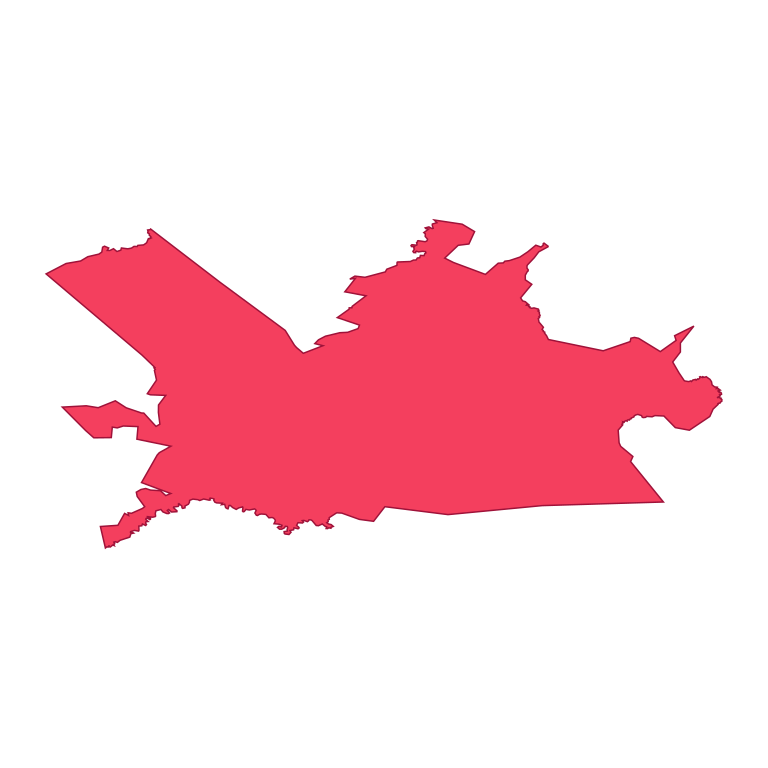 outline of Variņu pag., Smiltenes, Latvia
{"feature_id": "27541924B26763457463148", "entity_name": "Variņu pag.", "entity_type": "district", "adm_level": 2, "iso_a3": "LVA", "parent_name": "Latvia", "parent_adm1": "Smiltenes", "projection": "equal_earth", "projection_center": [26.157, 57.319], "detail": "fine", "context": "isolated", "style": "filled", "palette": "rose", "viewbox_px": 768, "rotation_deg": 0, "n_neighbors": 0, "source": "geoboundaries", "source_scale": "gbopen_adm2", "svg_char_len": 6110}
<svg xmlns="http://www.w3.org/2000/svg" viewBox="0 0 768 768"><path d="M693.9,326.1L674.6,335.7L676.1,340.4L660.3,351.6L638.6,338.3L634.4,337.4L630.9,338.2L630.2,341.6L603.2,350.8L548.4,339.5L546.5,335.6L544.6,333.2L544.8,332.2L543.3,331.5L543.4,330.8L542.1,329.4L543.4,327.3L539.0,322.1L538.3,318.4L539.4,317.7L539.7,317.0L539.1,316.5L540.1,315.5L539.3,313.6L539.4,312.2L538.0,311.0L538.9,310.5L538.4,309.1L534.0,307.9L531.7,308.3L529.7,307.6L529.9,306.8L528.6,306.5L529.0,305.2L526.4,305.2L527.2,303.9L527.8,303.9L525.3,301.7L522.6,300.9L520.6,297.9L531.8,284.3L525.3,279.8L525.3,275.2L527.4,271.4L528.1,271.0L528.2,269.8L527.0,268.2L527.0,265.8L527.5,264.9L534.2,257.8L538.8,251.8L548.0,246.8L548.1,246.2L544.0,243.1L543.2,243.7L543.1,245.4L540.9,247.0L535.8,245.2L527.8,251.8L519.9,257.1L509.4,260.6L504.8,261.2L503.3,262.9L498.2,263.2L485.4,274.4L453.5,262.5L444.7,258.1L458.2,245.3L468.9,244.0L474.6,231.6L462.2,224.2L434.2,220.0L436.9,222.7L432.4,224.0L432.2,225.1L433.2,228.3L432.1,228.6L428.9,226.9L425.2,227.9L425.8,228.6L428.6,229.1L423.8,232.6L425.3,233.8L425.2,236.5L427.6,239.2L426.8,241.0L425.1,241.7L418.3,240.7L417.6,240.9L417.2,242.5L416.6,242.6L417.0,244.5L416.7,245.2L411.9,244.7L411.0,245.5L411.5,246.6L414.5,246.6L413.7,247.8L414.4,249.1L412.9,251.4L413.7,252.6L415.7,252.7L415.7,251.6L416.4,251.2L418.6,251.9L422.4,251.3L425.5,251.6L425.9,252.9L424.7,253.8L424.1,255.6L420.4,255.4L419.8,257.7L417.4,258.0L416.1,260.0L413.4,260.1L410.4,261.5L397.5,262.0L397.1,262.3L396.9,265.4L386.8,269.2L385.3,271.9L365.0,277.3L354.9,276.1L349.8,279.1L355.4,278.4L344.8,291.8L366.0,295.8L352.1,306.4L351.9,307.8L349.2,307.8L349.1,309.2L337.3,317.6L359.5,325.1L358.1,328.6L347.7,332.3L339.9,332.7L325.4,336.2L318.5,339.8L314.8,343.6L323.0,345.7L303.3,353.3L296.6,347.6L294.5,345.3L285.2,330.4L219.8,282.1L150.6,229.0L150.0,229.7L147.6,230.0L148.0,231.3L147.7,232.8L149.4,233.9L149.2,235.1L150.8,236.6L150.3,237.6L151.1,238.0L149.6,238.7L148.4,238.6L146.6,242.8L143.6,244.9L137.8,245.4L137.2,246.5L134.0,246.4L131.5,248.1L127.8,248.8L121.4,248.0L120.8,250.2L116.9,251.5L113.5,248.7L109.8,250.5L107.3,250.4L108.7,248.0L104.5,246.2L102.6,247.2L101.8,252.1L98.9,254.1L87.8,256.7L80.6,261.0L66.1,263.5L46.1,273.9L141.9,355.0L154.9,367.5L154.0,367.9L155.3,369.4L154.4,370.3L156.5,380.1L147.3,393.7L150.4,394.8L165.7,395.4L158.5,405.0L158.4,412.5L159.9,424.2L156.0,426.4L143.8,413.1L141.5,413.0L126.2,407.8L115.3,400.8L98.2,407.7L86.3,405.8L62.3,407.1L85.6,430.5L93.8,437.8L111.3,437.6L112.3,427.1L117.3,427.9L123.3,426.0L138.0,426.6L136.9,439.2L170.9,446.2L159.4,452.6L157.2,455.0L141.5,482.6L170.8,493.5L165.8,495.6L160.4,490.7L150.6,490.1L145.7,488.5L140.9,489.5L136.3,492.2L137.2,496.5L144.7,506.7L142.3,508.5L131.5,513.3L128.1,512.8L128.6,515.5L124.6,513.4L117.9,525.3L100.4,526.5L105.4,548.0L106.9,546.8L108.0,547.1L108.8,545.9L109.1,545.9L109.1,546.8L110.3,547.0L112.8,545.0L114.2,545.6L113.7,544.6L114.7,543.8L114.0,542.8L114.7,542.3L114.3,542.0L115.4,541.7L117.4,542.4L120.1,540.3L129.8,537.1L130.9,533.7L133.6,533.1L132.8,532.6L130.9,532.7L130.5,532.4L130.6,531.6L134.4,530.4L138.6,531.1L139.0,530.2L138.8,526.1L141.8,525.8L142.4,524.0L145.7,525.5L146.5,524.5L145.6,523.2L146.0,521.7L148.1,521.5L145.7,519.4L146.0,518.5L147.7,518.3L149.7,519.6L150.4,519.3L150.5,518.3L147.3,517.1L147.3,516.6L152.7,517.2L155.2,516.6L155.6,516.1L155.3,513.6L155.9,510.8L160.9,509.5L162.9,511.9L166.7,513.5L168.5,513.6L169.6,512.9L167.3,510.4L168.6,509.5L171.6,512.0L176.9,511.7L177.0,510.9L173.5,507.7L173.7,507.0L178.2,506.4L178.9,505.4L178.4,504.0L178.9,503.6L181.8,506.0L182.0,507.8L182.7,508.4L185.0,507.8L185.0,506.0L188.4,504.2L189.4,502.4L189.6,500.4L192.9,499.1L197.9,499.7L199.7,500.5L203.7,499.0L209.2,500.2L210.3,499.9L209.7,498.8L210.1,498.1L213.2,498.6L214.1,499.1L213.7,500.2L214.9,502.2L216.7,502.9L222.4,503.2L221.4,504.7L224.7,504.3L225.6,507.6L227.3,508.7L228.1,508.8L229.0,505.5L230.4,505.5L232.6,507.5L236.2,509.4L238.7,507.9L242.6,506.9L242.9,507.7L242.5,511.1L243.2,511.8L244.3,511.5L245.9,509.4L249.4,510.0L254.7,508.9L256.2,510.3L254.9,513.0L256.3,515.2L257.5,515.5L259.5,514.3L261.5,514.0L264.9,514.3L266.0,514.5L268.9,517.8L272.1,517.5L273.6,518.1L275.0,519.6L275.3,521.0L274.0,523.7L279.1,524.2L282.0,525.3L281.4,526.9L278.9,526.3L277.5,527.4L279.5,529.2L281.7,529.2L284.5,527.8L285.3,526.3L287.3,526.5L287.7,527.8L287.1,529.5L287.4,531.1L284.1,531.6L284.3,533.4L285.0,534.0L289.0,534.5L291.0,532.3L289.9,530.5L293.6,529.8L294.0,527.8L298.0,528.8L298.9,528.3L299.0,527.5L296.6,525.3L298.0,522.7L302.5,523.0L303.5,522.1L302.3,520.6L303.9,520.4L307.4,521.7L308.5,520.9L309.0,519.8L310.8,519.9L312.0,520.5L316.2,525.5L318.5,525.7L322.3,524.0L325.5,526.6L326.7,526.7L326.8,527.5L326.2,528.5L327.7,528.6L328.6,527.8L330.9,528.2L330.9,527.4L333.3,526.4L331.2,524.6L328.4,523.9L326.7,522.7L328.2,521.6L328.0,520.0L329.3,519.4L329.1,517.9L329.6,517.4L336.7,512.8L341.8,513.1L359.4,519.4L373.6,521.3L384.9,506.7L448.0,514.6L542.3,505.6L663.4,502.0L630.6,461.6L632.9,456.5L620.7,446.4L619.1,442.8L618.2,430.1L622.7,424.9L621.9,424.2L622.8,423.3L622.6,422.7L623.4,422.5L623.0,421.8L624.1,422.1L624.1,421.6L625.9,420.7L627.0,421.1L626.9,420.5L627.8,419.9L629.3,420.0L629.2,419.5L631.2,418.7L631.2,418.1L633.9,416.9L634.2,415.9L635.6,415.0L637.8,414.4L641.5,415.6L642.3,417.3L643.4,417.6L645.7,417.3L646.6,416.4L652.1,416.8L654.9,415.6L663.9,416.0L675.3,427.6L689.4,430.2L709.8,416.5L713.1,409.1L718.1,404.4L717.8,403.8L718.3,403.3L720.0,403.1L720.6,402.0L721.8,401.3L721.9,399.5L720.7,398.7L721.0,398.2L718.7,397.4L717.0,397.7L720.2,395.9L719.6,394.8L721.5,394.4L721.4,393.1L720.7,392.3L719.6,392.7L719.2,392.5L719.4,391.8L718.5,391.4L719.3,390.8L718.5,390.3L720.1,390.0L717.8,388.3L716.4,388.5L717.2,387.2L714.6,386.9L712.1,384.9L711.5,381.7L710.0,379.4L706.2,376.7L704.7,377.3L702.9,376.8L703.0,377.4L702.4,377.5L700.1,376.6L699.7,376.9L700.0,377.2L699.6,378.3L698.2,379.3L697.7,378.9L696.1,380.1L695.6,379.4L692.9,380.0L691.5,381.5L690.8,380.9L688.7,381.6L685.0,381.0L684.2,380.6L679.0,372.9L672.7,362.0L680.4,352.0L680.4,343.0L693.9,326.1Z" fill="#f43f5e" stroke="#9f1239" stroke-width="1.5"/></svg>